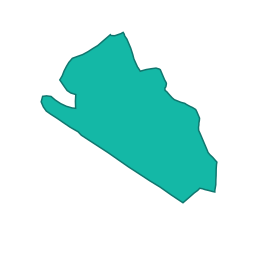 Al-Hindiya, Karbala', Iraq, rotated 337°
{"feature_id": "34846034B69940766405797", "entity_name": "Al-Hindiya", "entity_type": "district", "adm_level": 2, "iso_a3": "IRQ", "parent_name": "Iraq", "parent_adm1": "Karbala'", "projection": "natural_earth1", "projection_center": [44.226, 32.466], "detail": "fine", "context": "isolated", "style": "filled", "palette": "teal", "viewbox_px": 256, "rotation_deg": 337, "n_neighbors": 0, "source": "geoboundaries", "source_scale": "gbopen_adm2", "svg_char_len": 1601}
<svg xmlns="http://www.w3.org/2000/svg" viewBox="0 0 256 256"><g transform="rotate(337 128 128)"><path d="M167.5,81.3L166.8,81.2L161.5,80.5L160.9,76.8L160.6,75.7L160.5,71.8L160.4,66.7L161.1,62.1L161.7,55.6L161.7,52.0L161.7,47.6L161.7,45.7L160.9,41.8L161.2,40.2L160.9,38.1L159.8,38.1L159.1,38.4L157.8,38.3L151.9,37.9L150.8,37.4L149.0,36.5L148.4,36.1L148.2,35.2L145.5,36.1L138.2,38.4L132.4,40.3L126.7,41.1L121.1,42.1L114.9,42.7L110.0,42.4L104.0,42.1L99.2,44.5L95.6,47.1L91.5,50.5L87.9,54.2L84.0,57.1L84.1,57.6L85.5,64.7L86.6,69.7L89.0,73.4L93.0,76.8L90.0,82.9L87.5,89.4L84.5,87.8L79.7,83.9L75.5,79.2L72.0,73.9L69.5,68.9L65.6,66.6L61.8,65.5L58.3,70.0L58.3,75.5L59.4,80.5L62.2,85.0L66.5,91.3L68.5,94.4L70.5,97.6L75.2,104.9L80.6,112.0L82.2,116.4L100.1,143.0L113.2,163.9L127.9,185.8L134.5,195.0L141.8,206.8L149.4,218.3L149.7,218.2L155.3,216.4L163.8,213.6L167.7,212.7L170.5,211.5L172.8,213.0L174.7,214.7L177.7,216.9L181.3,219.7L182.9,220.8L183.7,219.1L185.0,217.1L186.6,214.6L188.6,210.1L190.5,206.2L193.2,200.1L195.2,196.2L196.5,194.1L195.5,191.2L194.5,188.1L192.9,184.5L192.1,181.7L192.2,180.1L192.2,177.5L192.2,175.7L192.2,172.5L192.2,170.0L192.2,166.5L192.2,161.9L192.1,157.8L193.2,154.8L194.4,152.9L195.2,151.1L196.8,148.7L197.7,146.9L197.7,143.9L197.7,139.6L197.5,137.4L195.4,134.4L193.4,132.2L191.0,129.2L189.9,127.5L186.7,125.0L181.7,120.0L180.4,117.4L179.2,114.0L177.8,109.6L176.8,107.9L177.5,105.7L178.9,104.9L180.4,102.7L180.8,101.8L180.8,100.4L180.5,98.0L180.5,95.0L180.5,90.9L180.5,87.0L179.8,85.9L177.2,83.8L172.9,82.6L167.5,81.3Z" fill="#14b8a6" stroke="#0f766e" stroke-width="1.5"/></g></svg>